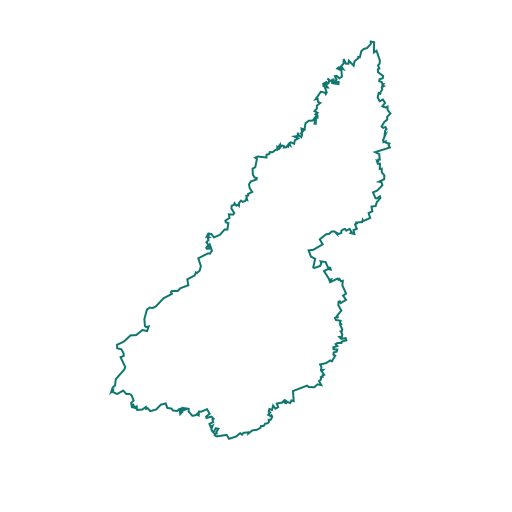 Dinajpur, Rangpur, Bangladesh, rotated 251°
{"feature_id": "16705992B66423446659680", "entity_name": "Dinajpur", "entity_type": "district", "adm_level": 2, "iso_a3": "BGD", "parent_name": "Bangladesh", "parent_adm1": "Rangpur", "projection": "natural_earth1", "projection_center": [88.877, 25.643], "detail": "fine", "context": "isolated", "style": "outline", "palette": "teal", "viewbox_px": 512, "rotation_deg": 251, "n_neighbors": 0, "source": "geoboundaries", "source_scale": "gbopen_adm2", "svg_char_len": 6113}
<svg xmlns="http://www.w3.org/2000/svg" viewBox="0 0 512 512"><g transform="rotate(251 256 256)"><path d="M178.3,77.7L174.4,74.7L175.4,77.2L173.8,76.5L170.7,79.8L172.0,86.6L167.7,88.5L166.8,91.5L164.8,93.0L159.1,93.2L157.7,90.1L153.4,89.5L153.1,90.6L156.3,91.6L153.5,91.5L152.4,93.3L152.0,91.7L151.1,92.8L152.1,94.0L149.2,93.5L147.8,98.4L149.1,102.7L147.2,102.4L147.4,104.0L143.7,105.5L143.4,111.7L146.4,117.6L146.0,122.6L141.2,122.7L139.3,126.4L137.0,127.1L135.1,131.0L136.3,133.7L135.5,137.3L135.0,133.7L131.2,132.9L132.2,134.9L132.7,133.9L133.9,134.5L133.8,139.1L135.8,138.0L133.4,142.6L130.8,141.7L125.6,143.8L125.1,147.2L126.5,150.2L125.0,148.9L123.9,149.9L127.5,151.4L126.6,153.4L127.1,159.8L121.9,160.8L120.4,156.6L118.9,156.5L118.7,161.4L115.9,162.9L115.5,161.6L112.9,161.4L112.4,157.3L109.3,157.5L109.7,159.8L107.0,157.4L104.8,157.5L103.1,158.2L106.2,161.8L104.9,164.2L102.6,161.2L101.0,161.1L101.4,159.3L99.9,158.6L98.2,160.2L96.4,170.0L91.9,171.0L91.8,178.4L93.6,183.4L91.6,184.6L92.9,186.6L91.7,191.5L90.6,190.9L92.3,195.9L91.4,199.9L92.0,204.2L93.6,205.3L92.8,208.0L94.5,210.0L94.0,212.6L95.1,214.4L97.0,214.7L96.4,216.6L98.6,219.0L100.4,218.8L100.0,217.3L102.0,216.7L101.4,215.0L103.5,218.5L104.7,217.3L107.0,218.9L105.2,221.0L109.0,223.5L105.3,224.7L105.8,227.7L109.7,227.6L108.9,233.0L110.5,236.1L109.5,237.1L108.2,235.3L107.0,236.6L107.8,238.3L105.8,240.5L107.9,242.5L106.5,244.4L116.3,247.0L116.8,262.1L114.9,263.2L112.9,268.5L114.6,272.2L112.7,275.7L117.2,274.9L118.1,277.2L120.4,277.9L120.0,279.7L121.4,279.9L121.4,281.7L125.8,280.6L126.4,282.1L126.8,280.2L129.6,281.7L132.6,281.3L131.9,287.3L133.1,292.2L131.7,293.5L136.0,298.5L137.6,297.0L139.5,298.1L139.3,301.0L141.1,302.4L142.6,298.9L144.5,299.4L144.4,303.6L146.8,302.6L147.2,304.5L146.0,308.5L147.1,309.0L146.9,314.0L149.2,314.0L149.8,309.7L152.3,308.5L151.7,310.9L154.2,312.2L157.1,311.5L157.0,312.7L158.7,313.7L163.4,313.1L163.8,314.4L165.2,313.5L167.2,314.9L169.5,310.7L171.8,310.5L172.1,312.6L170.7,313.5L173.2,313.3L176.6,318.9L182.8,317.8L185.9,319.2L185.9,320.5L183.9,320.7L185.2,326.9L190.2,325.4L191.1,328.9L200.2,328.1L204.3,330.0L204.6,327.9L207.1,327.5L206.7,326.2L208.1,325.9L207.1,317.6L209.2,317.5L208.7,318.8L209.4,319.5L209.6,317.8L219.6,315.4L220.2,319.8L218.8,322.2L220.6,322.4L221.9,320.3L227.7,319.8L229.9,315.3L228.0,315.5L225.7,313.4L225.7,307.2L226.6,306.4L234.1,311.0L237.6,307.7L244.2,307.6L243.2,312.1L245.3,322.8L251.0,321.7L253.7,329.3L253.1,332.5L254.5,335.4L253.7,338.2L250.6,339.6L251.8,339.7L249.9,341.4L250.1,344.2L251.9,344.8L252.7,347.0L252.7,348.9L250.6,349.5L251.1,353.4L247.5,354.1L246.9,352.9L244.8,356.2L248.7,356.6L248.9,360.2L253.7,359.9L254.0,361.9L255.0,361.7L253.5,367.4L255.3,368.6L254.1,368.7L254.8,376.3L260.0,376.5L260.3,380.5L265.1,381.3L264.3,385.4L267.5,387.7L270.4,392.5L272.1,392.6L271.1,388.9L271.8,387.8L278.1,387.3L278.4,391.8L281.7,398.5L284.9,398.7L286.2,396.4L286.8,402.1L290.3,403.6L294.2,402.2L297.7,403.3L298.0,401.3L302.9,403.3L303.5,401.2L306.9,401.3L306.0,402.5L307.4,403.1L306.9,404.4L312.2,405.7L315.4,402.5L315.0,417.9L318.0,417.5L318.9,418.7L321.0,415.6L322.2,416.0L322.1,413.6L324.1,413.8L329.1,418.3L328.7,417.1L332.5,419.0L333.6,420.8L335.8,420.3L335.7,418.0L337.5,416.9L341.0,421.0L342.2,424.5L344.9,425.3L347.0,429.5L351.3,428.0L354.5,429.0L354.1,427.0L356.4,424.2L358.8,427.9L362.6,426.9L362.1,423.3L366.4,422.7L370.2,425.1L368.3,426.7L369.6,426.3L372.4,429.6L374.5,429.8L375.0,432.1L375.9,431.0L377.0,432.5L377.4,431.4L379.4,431.6L381.3,429.4L382.9,430.4L382.8,433.7L384.8,434.8L390.1,431.2L392.8,432.0L393.1,433.7L396.5,433.4L397.6,435.5L400.6,436.8L410.8,436.8L410.1,433.8L419.7,437.3L421.4,434.3L419.2,433.6L416.4,428.6L416.7,425.4L415.4,422.3L410.1,418.9L410.9,417.5L409.7,417.1L408.0,412.5L404.2,410.3L410.4,407.4L407.7,406.0L408.6,403.6L413.7,403.1L409.4,401.4L407.7,398.2L404.5,399.2L407.5,395.8L406.8,393.9L403.7,397.2L397.6,395.6L396.9,392.7L400.1,390.9L400.4,389.2L396.7,389.6L395.2,387.3L393.7,390.8L391.7,389.9L395.0,383.6L394.8,384.7L397.6,386.7L397.9,385.6L396.2,384.3L400.6,381.3L398.3,382.3L395.9,381.1L395.6,379.8L397.6,379.2L396.9,375.6L395.0,375.2L395.4,377.7L392.0,378.7L393.2,376.0L387.6,376.1L386.4,374.7L387.9,374.5L390.2,370.8L384.8,363.3L384.6,365.4L381.5,364.9L379.8,366.6L378.3,362.4L375.6,361.6L373.9,358.5L371.4,360.8L370.6,358.4L369.3,359.9L366.7,359.2L366.9,358.3L369.0,359.2L367.5,356.4L365.4,357.1L361.6,355.5L362.1,354.4L364.3,355.7L366.5,355.2L365.6,353.6L366.7,350.1L365.5,346.1L359.8,343.0L361.7,340.5L358.9,339.9L358.9,341.4L357.2,338.4L356.2,339.3L353.6,337.6L356.1,335.7L359.0,335.6L355.9,334.6L356.5,331.1L353.5,334.3L352.7,330.3L349.7,328.6L352.3,325.7L351.7,324.3L349.5,324.3L351.0,323.2L349.1,322.1L350.1,321.6L348.9,320.1L349.5,317.7L350.5,318.4L352.1,316.4L350.6,314.0L353.4,314.9L351.7,312.4L350.6,313.8L349.8,312.5L352.0,311.6L349.5,310.6L350.0,309.2L348.7,305.5L349.8,302.8L348.1,301.7L348.4,298.9L345.7,298.0L349.5,290.0L349.2,287.3L347.5,288.5L340.2,284.2L339.7,281.2L334.0,279.5L330.6,280.3L329.5,282.1L328.2,281.4L328.2,275.3L326.0,272.7L322.1,272.1L317.8,273.3L317.2,268.7L315.7,268.3L316.0,266.4L311.9,265.9L312.9,265.1L311.5,263.6L311.5,261.1L313.2,259.8L311.7,257.3L309.0,256.2L310.3,255.6L310.0,253.9L312.8,252.9L311.5,252.0L311.4,249.3L308.9,248.2L303.6,249.4L302.6,247.8L304.2,244.0L300.6,243.3L299.4,238.6L297.7,238.4L296.1,240.6L290.3,237.5L291.3,235.0L287.7,228.6L287.3,222.3L291.3,221.0L292.8,218.3L290.6,216.0L290.7,217.7L289.7,216.8L288.9,217.8L288.8,216.2L286.4,216.2L285.1,213.6L282.0,214.6L279.9,211.6L278.8,211.9L278.0,215.0L280.4,214.4L281.9,216.0L275.4,216.1L273.2,213.2L274.1,211.4L272.6,200.7L264.4,200.6L260.5,198.0L259.1,194.5L260.1,193.8L257.6,191.7L256.3,183.5L250.3,182.4L250.2,174.1L248.4,170.6L250.3,164.9L249.5,163.8L247.6,164.2L246.1,154.8L240.9,144.8L240.5,141.4L241.8,138.6L240.9,135.5L232.7,129.9L225.9,128.2L224.7,128.9L224.3,131.6L220.5,128.5L223.0,124.5L220.2,116.9L221.8,111.6L218.0,102.9L217.3,95.7L213.9,94.8L211.6,98.3L206.9,99.1L204.6,98.4L204.4,95.0L193.6,96.2L191.5,94.5L185.2,83.3L179.4,80.5L178.3,77.7Z" fill="none" stroke="#0f766e" stroke-width="2"/></g></svg>